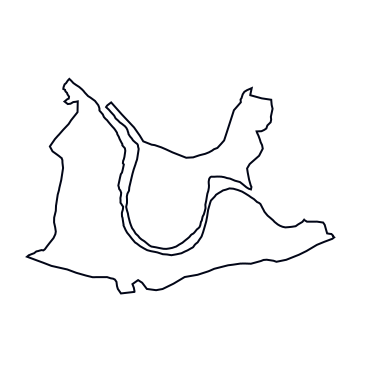 outline of Nag Hammadi, Qina, Egypt, rotated 12°
{"feature_id": "37247803B20461221508658", "entity_name": "Nag Hammadi", "entity_type": "district", "adm_level": 2, "iso_a3": "EGY", "parent_name": "Egypt", "parent_adm1": "Qina", "projection": "natural_earth1", "projection_center": [32.278, 26.068], "detail": "fine", "context": "isolated", "style": "outline", "palette": "ink", "viewbox_px": 384, "rotation_deg": 12, "n_neighbors": 0, "source": "geoboundaries", "source_scale": "gbopen_adm2", "svg_char_len": 5629}
<svg xmlns="http://www.w3.org/2000/svg" viewBox="0 0 384 384"><g transform="rotate(12 192 192)"><path d="M48.5,130.0L52.2,131.8L54.8,130.9L57.2,128.7L59.6,127.9L61.4,127.1L63.3,137.0L63.4,137.8L58.8,147.0L58.5,147.8L57.2,151.2L53.1,157.9L49.7,164.0L49.4,164.4L46.9,168.8L46.0,171.0L44.9,173.6L43.5,177.0L47.1,181.2L47.5,181.4L51.4,183.1L54.5,184.5L56.8,185.7L57.4,185.9L58.6,187.8L59.2,190.3L60.9,195.3L61.3,202.1L61.6,207.5L61.4,215.7L61.5,217.8L61.2,222.6L61.3,224.2L61.8,232.7L61.8,233.4L62.7,238.8L62.5,245.7L63.4,250.4L65.5,255.0L67.0,259.0L67.1,261.7L66.1,265.9L63.3,271.5L61.6,275.0L60.0,278.6L58.8,280.0L56.9,280.1L55.1,281.0L53.9,281.7L52.1,282.5L50.3,284.7L47.9,286.2L46.3,287.3L45.5,287.8L44.1,289.6L54.8,291.2L61.1,292.1L69.9,293.5L86.1,293.7L95.6,295.1L105.9,295.8L112.5,296.0L117.4,294.9L126.6,292.9L130.4,293.3L132.9,293.2L134.8,293.7L136.8,295.6L138.2,299.6L139.6,302.2L143.6,306.0L156.4,301.7L156.4,301.1L155.0,297.7L152.9,294.5L156.1,291.0L157.6,289.4L162.1,291.1L168.0,296.2L177.3,295.5L183.4,293.0L193.0,285.5L202.5,276.7L214.7,271.8L224.3,266.3L225.8,265.3L229.7,262.5L242.5,256.2L247.4,254.5L254.1,252.0L258.4,251.0L264.6,249.9L273.7,245.2L276.1,243.6L279.2,242.7L286.0,242.3L289.1,242.7L292.8,241.1L298.3,238.7L309.7,231.1L316.3,225.9L317.7,224.6L325.2,217.7L331.8,213.2L339.0,208.6L340.5,206.8L339.1,206.0L339.1,205.4L337.1,204.1L335.3,204.3L332.8,204.4L331.4,201.8L329.3,197.8L328.6,196.5L326.6,194.6L325.4,194.7L320.4,195.0L315.5,196.1L310.6,197.1L307.5,196.0L307.4,195.9L306.2,198.3L302.6,201.6L300.5,203.9L297.1,205.2L294.4,206.1L290.7,207.2L287.8,207.2L285.0,206.7L282.6,205.9L279.0,204.1L277.2,202.8L274.3,201.2L270.9,199.4L269.1,198.0L266.9,196.2L265.5,194.4L264.1,192.8L262.9,191.3L261.4,189.5L259.7,188.7L257.8,188.3L254.1,186.1L250.6,184.8L248.6,183.9L244.5,182.4L240.9,181.2L236.3,180.5L231.7,180.2L227.9,180.7L224.8,182.6L222.0,184.0L220.5,185.5L218.3,187.5L216.1,189.7L215.2,191.7L212.3,196.4L212.0,198.7L211.5,206.1L211.9,212.8L212.0,217.9L211.7,222.6L211.2,229.1L210.6,233.6L209.1,237.2L208.0,240.1L206.3,242.1L205.6,243.3L204.6,245.7L203.9,246.4L202.8,247.3L199.8,250.0L197.3,251.8L194.4,254.1L189.7,256.2L185.0,258.1L180.7,258.3L176.4,258.9L170.8,258.3L168.0,258.3L164.3,258.4L160.2,258.2L156.5,257.1L152.6,255.8L148.7,253.9L146.8,253.2L142.8,250.1L139.9,247.6L137.0,245.3L134.9,242.9L133.3,240.7L132.0,239.0L131.8,237.9L131.7,237.8L130.4,234.4L129.4,231.7L128.6,230.4L127.8,227.2L127.8,225.7L127.9,225.0L128.0,223.8L127.9,222.3L127.7,220.7L126.4,219.5L125.2,218.2L124.3,217.4L124.0,215.9L123.8,214.9L123.2,212.8L123.2,210.1L122.9,207.5L121.5,205.3L120.3,204.4L120.0,203.8L119.5,202.6L118.6,201.0L118.6,192.5L118.7,189.4L119.5,187.5L119.6,184.1L119.6,179.3L118.4,178.2L118.3,177.2L118.2,175.7L118.5,174.2L118.6,171.7L118.4,168.5L118.2,165.6L117.3,163.2L114.2,160.9L113.9,159.6L113.4,159.1L112.2,157.7L110.1,155.1L108.9,153.2L107.0,151.1L106.3,149.6L106.0,149.3L103.8,147.1L102.4,145.9L100.8,144.8L98.8,143.3L97.1,142.0L95.0,140.3L94.0,139.4L93.9,139.4L91.9,138.2L90.2,136.9L88.6,134.6L87.6,133.9L86.5,133.0L84.9,131.9L84.3,131.0L84.3,130.1L83.6,128.6L83.4,128.3L82.3,126.6L80.9,125.4L80.3,124.9L78.2,123.1L75.8,122.0L72.9,120.7L70.4,119.8L66.4,117.0L65.0,115.8L63.1,114.5L59.8,112.7L56.1,111.3L53.3,110.1L50.8,108.3L48.5,106.9L47.3,108.9L46.2,111.7L45.0,113.2L44.6,116.0L44.6,116.6L44.7,118.0L46.6,118.5L47.3,119.9L49.2,121.1L49.9,122.4L51.3,123.7L51.9,124.3L52.0,126.3L50.8,127.1L50.2,127.8L49.1,129.3L48.5,130.0ZM91.0,125.1L90.3,126.8L90.9,127.2L93.6,128.8L95.8,130.5L99.9,133.4L102.0,135.9L104.7,137.4L106.9,138.9L109.3,139.9L112.7,141.6L114.5,143.0L115.9,144.7L116.9,146.6L117.2,146.9L117.9,148.6L119.9,150.6L121.9,152.1L123.6,153.8L126.4,155.4L128.5,156.4L129.4,157.5L129.8,158.8L130.9,161.0L131.1,164.2L131.4,169.5L131.5,171.6L131.0,175.5L131.0,176.3L130.3,182.0L130.0,186.5L129.9,190.9L129.8,195.7L129.7,200.5L130.1,203.8L129.2,207.0L129.2,210.0L130.0,212.9L130.7,216.3L130.7,220.3L132.1,223.3L133.7,226.2L134.9,229.2L137.7,234.8L139.1,237.1L140.9,239.8L143.0,241.7L145.5,244.4L148.4,246.1L150.3,247.7L152.5,248.9L155.7,250.1L159.3,252.0L161.4,253.1L163.6,253.8L165.7,253.7L168.3,253.6L171.4,253.6L175.8,253.5L178.7,253.0L181.4,252.0L184.2,250.8L187.9,248.6L190.5,246.0L193.2,243.6L195.8,240.3L197.4,238.4L198.7,236.7L200.0,234.2L200.8,233.3L202.0,232.3L203.0,230.7L203.9,228.9L204.6,227.5L205.5,226.5L206.6,224.9L207.0,222.9L207.0,219.2L207.5,218.0L207.5,214.2L207.8,212.8L208.2,211.7L208.5,208.1L208.6,205.1L208.2,203.5L207.7,201.7L207.7,197.4L207.5,193.5L207.4,190.7L207.4,190.3L207.7,187.6L207.6,184.2L207.2,181.9L206.8,180.8L206.2,178.6L206.1,177.0L206.1,175.5L206.6,174.1L207.4,173.2L208.1,172.9L209.0,172.8L210.4,172.5L213.7,171.6L217.5,170.9L218.4,170.9L220.2,170.8L221.7,170.9L223.2,171.1L226.4,171.0L228.5,171.4L231.6,172.0L236.8,172.3L239.7,173.7L242.0,174.9L244.3,176.1L246.8,177.0L249.1,177.2L249.1,174.7L248.1,173.4L245.3,168.1L242.5,161.5L241.0,157.5L242.6,152.7L243.6,151.3L250.1,142.6L252.2,134.9L250.8,131.6L248.8,129.0L247.4,126.4L246.3,124.7L245.3,123.1L243.3,120.5L242.6,119.3L247.3,118.1L249.8,116.2L251.5,114.4L251.9,111.2L254.4,107.5L254.4,104.8L253.5,102.0L253.5,93.8L251.8,90.2L250.3,85.3L240.8,85.9L228.9,85.2L228.8,84.7L228.8,78.0L224.7,80.9L222.4,83.1L221.3,85.9L220.9,90.0L220.3,91.4L221.1,94.1L216.0,103.3L213.6,126.6L212.7,134.9L210.4,139.0L207.7,143.6L204.6,145.6L203.0,147.4L200.3,149.7L197.0,151.9L191.7,154.5L185.9,157.9L184.7,158.2L179.2,159.7L164.7,157.3L157.7,155.7L152.7,154.7L145.8,153.9L142.7,154.1L133.8,152.6L129.2,147.7L121.9,140.9L107.2,130.7L94.3,121.2L91.8,124.1L91.0,125.1Z" fill="none" stroke="#020617" stroke-width="2"/></g></svg>